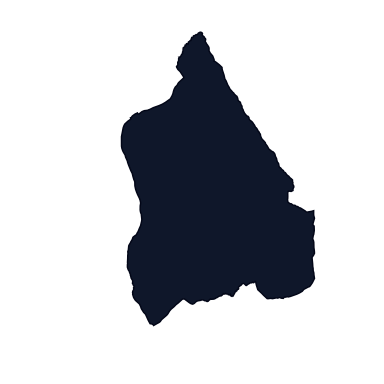 Iramba, Singida, United Republic of Tanzania, rotated 333°
{"feature_id": "72390352B66961871173396", "entity_name": "Iramba", "entity_type": "district", "adm_level": 2, "iso_a3": "TZA", "parent_name": "United Republic of Tanzania", "parent_adm1": "Singida", "projection": "mercator", "projection_center": [34.32, -4.386], "detail": "fine", "context": "isolated", "style": "filled", "palette": "ink", "viewbox_px": 384, "rotation_deg": 333, "n_neighbors": 0, "source": "geoboundaries", "source_scale": "gbopen_adm2", "svg_char_len": 6008}
<svg xmlns="http://www.w3.org/2000/svg" viewBox="0 0 384 384"><g transform="rotate(333 192 192)"><path d="M170.9,98.0L170.6,99.3L167.0,99.8L162.9,101.0L161.4,102.1L159.9,103.5L154.3,110.7L150.0,119.2L149.4,121.1L149.0,123.8L149.0,125.7L149.2,128.8L148.7,130.8L148.5,135.0L148.1,136.5L147.7,139.6L147.2,145.5L147.2,148.3L146.5,151.2L145.9,154.3L145.7,156.9L143.9,160.7L143.0,164.0L142.6,166.9L142.4,169.4L142.3,173.9L142.0,176.0L141.3,178.5L139.6,180.8L137.7,184.4L137.1,186.2L136.8,187.6L137.0,188.1L134.9,193.6L134.0,195.0L130.9,198.7L128.5,200.6L126.0,202.8L124.2,203.9L123.3,204.8L121.1,205.1L119.0,205.5L118.6,205.8L117.2,207.2L114.8,208.7L114.4,209.1L111.7,210.8L111.1,211.4L109.0,214.7L107.8,215.9L106.9,218.0L106.0,219.3L104.4,222.3L102.6,225.4L102.2,226.5L101.5,227.4L100.3,229.7L99.9,232.3L100.1,234.4L99.8,235.6L99.8,236.7L99.6,237.7L99.3,238.3L99.3,238.8L98.7,241.2L98.9,243.6L98.8,244.3L97.4,246.6L97.6,247.5L97.4,248.8L97.7,249.5L97.2,250.4L96.6,250.6L96.3,251.1L96.4,251.4L96.1,252.0L95.3,252.8L94.2,253.5L93.4,254.6L93.1,255.8L92.7,256.2L92.1,259.6L92.4,262.8L94.3,267.8L94.3,270.5L93.9,273.0L94.3,277.3L95.1,279.8L94.8,286.5L94.9,290.3L96.3,291.3L96.8,292.0L97.2,292.8L97.2,293.5L97.4,293.5L101.3,293.3L103.2,293.3L104.9,293.0L106.5,292.1L107.3,291.8L113.7,290.2L115.1,289.6L118.0,287.8L120.2,286.9L124.0,286.0L126.6,285.1L129.3,284.6L134.4,283.2L135.2,283.1L135.8,283.4L136.7,283.9L139.5,289.6L140.4,291.0L141.5,292.1L142.5,292.3L143.7,292.2L145.4,291.6L147.9,291.5L148.8,292.0L150.0,292.2L150.7,292.6L151.7,292.4L153.2,293.5L153.7,294.4L155.1,295.4L155.7,296.4L156.0,296.5L156.2,296.4L156.7,296.6L157.0,296.6L157.8,296.2L158.5,296.1L158.9,295.8L159.4,296.0L160.0,295.7L160.6,296.4L161.5,296.8L162.1,296.8L162.8,297.4L164.0,297.3L164.4,297.5L165.5,297.2L166.0,297.4L166.5,297.4L167.2,297.2L167.8,297.3L168.8,297.1L171.0,297.8L172.3,297.5L173.4,297.0L173.7,297.2L173.9,296.9L174.5,297.6L175.5,297.5L175.9,297.6L176.0,298.3L177.2,298.8L177.7,299.5L177.7,299.9L178.2,300.3L178.4,300.4L178.7,300.3L179.4,300.7L179.8,300.6L179.7,301.0L179.2,301.5L179.3,301.9L180.2,303.1L180.6,302.9L180.8,303.1L181.1,303.0L181.6,303.3L182.3,302.6L183.8,301.7L185.0,300.6L185.5,300.7L185.8,300.3L186.0,300.5L187.2,300.3L187.8,299.6L189.3,299.6L189.7,299.2L190.1,298.1L190.8,297.6L193.5,297.3L195.0,296.6L196.1,296.7L196.8,297.1L197.6,299.6L197.8,299.9L198.9,299.9L199.3,299.6L200.4,299.6L200.7,299.5L201.7,299.6L202.5,299.4L203.3,299.6L203.9,300.0L204.9,299.8L205.4,300.6L206.0,300.8L206.7,300.5L207.4,300.5L207.7,300.3L207.8,300.5L207.9,301.2L207.1,304.2L206.3,308.9L208.1,313.8L208.9,316.5L210.3,320.3L210.6,321.1L211.4,321.6L213.7,322.4L215.4,323.6L219.1,324.6L220.3,325.5L221.9,325.6L222.5,326.0L223.2,327.0L225.0,328.2L226.0,327.8L227.0,327.6L227.7,328.2L229.2,328.4L230.2,329.2L232.3,329.7L239.0,330.6L242.0,330.7L245.1,330.5L247.5,329.5L252.4,329.4L253.7,329.6L254.7,329.3L258.0,327.5L261.9,324.6L263.0,321.2L263.8,319.4L264.3,317.0L265.3,314.8L265.7,313.4L267.1,310.2L269.1,305.1L269.4,304.7L271.6,303.5L273.3,302.2L274.2,300.2L275.4,296.8L277.7,292.0L278.1,290.5L278.2,288.8L278.6,288.0L280.3,285.8L281.2,285.0L283.5,281.7L285.3,277.8L284.9,276.0L285.0,275.6L289.2,271.0L289.8,268.2L290.3,267.0L291.9,263.9L290.1,263.6L285.1,262.1L284.8,261.7L284.3,260.4L281.4,255.5L280.5,254.9L279.6,253.0L278.4,252.1L277.7,250.6L276.0,249.6L275.2,247.7L274.0,246.8L273.7,246.4L273.0,244.6L272.9,244.2L273.8,241.9L274.3,241.3L275.4,239.3L276.8,236.4L277.5,235.5L278.0,235.2L278.6,235.2L279.2,235.4L279.6,235.8L280.6,236.5L282.6,236.5L282.9,236.2L283.2,235.2L284.9,233.9L285.3,233.1L285.4,232.6L285.3,230.7L286.2,229.4L286.3,228.3L287.0,226.9L286.5,225.4L285.7,223.7L285.3,221.7L284.7,220.8L284.3,219.6L284.1,218.8L284.1,218.1L283.9,217.1L283.2,216.1L283.0,215.7L283.1,215.0L283.1,214.3L282.4,213.1L281.9,211.2L281.6,210.8L281.8,210.6L281.3,209.8L281.1,209.3L281.5,207.6L282.0,206.2L281.9,204.7L281.7,204.3L281.8,203.0L282.1,202.2L282.1,201.7L282.5,200.6L282.5,198.1L283.0,196.0L283.0,194.9L282.4,192.9L281.3,191.7L281.0,190.5L280.3,189.4L280.0,188.4L279.9,185.1L279.4,182.4L279.7,181.4L279.6,180.9L279.1,178.9L278.7,177.9L278.7,177.3L278.3,176.3L278.3,175.8L278.5,173.4L279.1,171.6L279.0,170.6L278.8,170.2L279.0,169.1L278.6,167.6L278.6,165.4L278.4,164.1L277.9,163.1L278.0,160.7L277.8,159.8L277.6,157.7L277.3,156.5L276.1,153.9L276.0,153.0L276.5,151.5L276.4,150.7L276.3,150.1L275.6,149.4L275.1,148.1L274.6,145.7L274.6,143.3L274.9,141.7L274.7,140.3L274.9,139.5L275.4,138.5L275.5,137.6L275.3,136.3L275.8,134.0L275.4,133.0L274.9,132.3L274.7,131.2L275.3,129.1L275.4,127.9L275.4,127.0L274.9,126.2L274.1,123.8L274.1,122.8L273.6,121.7L272.5,117.3L272.6,115.5L272.4,113.1L272.8,108.4L272.6,106.2L273.6,102.3L274.4,97.1L274.9,95.4L275.3,94.6L274.1,91.1L272.6,87.8L271.7,86.1L271.0,85.5L271.4,85.0L271.8,83.9L272.2,80.2L271.3,76.4L271.3,74.4L271.4,73.5L272.1,72.4L272.6,71.2L272.7,70.3L272.5,68.0L272.2,67.1L272.3,66.3L272.1,64.2L272.3,63.6L273.2,62.6L273.5,62.1L273.6,61.5L273.1,60.0L273.3,59.6L273.2,59.1L272.6,57.8L272.3,56.8L272.4,56.3L273.0,56.0L273.2,55.7L273.2,54.6L272.4,53.6L271.8,53.3L269.8,53.3L268.3,54.2L267.0,53.6L265.8,54.0L265.2,53.7L264.2,53.6L263.9,54.0L262.9,54.6L262.0,54.2L261.6,54.5L261.0,55.3L260.6,55.4L260.3,56.3L260.0,56.5L259.5,56.2L259.0,56.3L258.0,56.7L257.1,56.7L256.7,56.9L255.9,58.4L255.3,58.1L254.8,57.5L254.4,57.4L253.8,58.1L253.4,58.3L252.8,58.0L252.5,58.0L252.3,58.3L252.5,58.8L252.2,59.1L249.6,59.6L247.9,62.5L247.0,63.1L246.7,64.2L246.2,64.4L245.1,64.7L244.9,65.1L244.4,65.5L242.4,66.3L242.1,66.2L242.2,66.4L241.6,66.4L241.0,66.7L240.5,67.3L239.9,68.7L238.2,70.0L237.6,71.2L237.2,72.2L235.1,73.3L235.0,73.9L235.1,76.4L236.1,79.3L236.7,84.7L236.8,86.0L236.3,86.6L230.0,88.4L229.1,88.8L227.1,90.2L224.8,90.9L222.8,92.3L221.3,93.8L219.8,95.6L218.1,97.1L215.0,99.2L208.9,100.1L205.4,100.3L202.0,100.1L195.7,99.3L192.3,99.3L189.4,99.0L186.4,97.9L184.0,97.7L180.3,98.4L179.3,98.0L179.3,96.8L176.6,96.7L173.4,97.2L171.4,98.2L170.9,98.0Z" fill="#0f172a" stroke="#020617" stroke-width="1.5"/></g></svg>